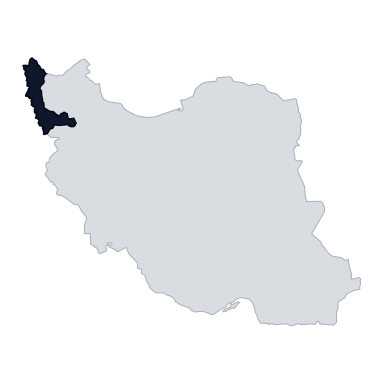 where West Azarbaijan sits in Iran
{"feature_id": "IRN-3237", "entity_name": "West Azarbaijan", "entity_type": "Province", "adm_level": 1, "iso_a3": "IRN", "parent_name": "Iran", "parent_adm1": "", "projection": "orthographic", "projection_center": [44.982, 37.874], "detail": "fine", "context": "in_parent", "style": "filled", "palette": "ink", "viewbox_px": 384, "rotation_deg": 0, "n_neighbors": 0, "source": "natural_earth", "source_scale": "10m", "svg_char_len": 8013}
<svg xmlns="http://www.w3.org/2000/svg" viewBox="0 0 384 384"><path d="M180.5,100.1L184.9,99.9L192.7,96.3L193.3,95.6L195.2,89.8L197.7,87.0L202.1,83.5L205.1,82.2L215.9,81.3L216.5,79.0L218.1,77.6L229.9,76.8L231.9,78.2L233.0,81.3L243.1,82.8L245.2,83.5L247.9,85.4L249.9,85.8L252.3,84.3L254.0,84.8L256.4,83.8L264.5,86.1L266.0,89.5L267.6,90.9L269.5,92.1L276.0,93.8L278.0,95.1L283.3,100.8L295.4,98.7L296.5,99.9L296.8,102.7L298.7,109.2L298.2,111.8L300.1,113.7L300.6,117.8L301.7,120.6L300.9,124.9L299.6,125.9L301.0,129.3L300.3,132.9L300.7,134.2L299.2,137.4L299.2,138.6L296.1,141.9L299.3,145.4L295.4,146.3L293.5,151.0L294.9,155.9L294.7,158.6L295.3,159.9L296.5,160.8L302.0,160.8L302.3,161.5L297.6,169.7L298.3,172.5L304.6,186.6L305.0,194.1L306.6,201.5L320.8,201.3L322.7,202.9L324.3,206.9L324.7,210.1L324.5,211.7L311.6,233.8L320.9,241.9L321.6,244.0L327.7,252.4L332.9,256.4L341.1,257.5L345.2,260.3L348.4,259.5L348.8,264.3L351.5,273.9L351.1,278.6L354.1,279.0L358.2,277.5L359.9,278.0L361.0,279.5L360.0,280.6L360.7,284.5L359.8,285.5L359.8,289.3L353.5,290.6L347.7,293.4L345.7,295.2L344.8,298.1L342.8,298.2L342.3,299.3L338.3,301.9L337.8,309.6L336.4,311.7L336.5,322.6L335.5,322.9L333.7,325.1L320.1,324.0L318.5,321.6L317.1,321.4L315.4,324.2L308.7,323.9L306.5,324.7L305.0,324.1L301.4,324.7L298.5,323.6L291.4,326.0L286.7,324.0L281.9,323.9L276.1,324.8L271.2,323.5L268.8,324.6L267.5,323.4L260.4,323.0L257.6,318.5L257.3,316.1L255.2,312.2L254.0,306.2L252.0,302.0L248.7,298.8L240.5,297.6L236.4,299.2L233.5,301.7L228.5,303.5L224.8,308.0L222.5,308.0L213.5,314.5L211.4,314.6L204.1,311.7L200.9,311.3L194.4,312.0L190.7,309.9L189.7,308.2L181.0,305.0L175.6,301.8L173.8,298.6L171.4,296.4L166.3,294.8L163.3,292.9L155.5,292.7L149.7,287.7L149.6,286.0L146.1,280.4L145.3,276.2L144.5,275.1L141.7,273.6L141.2,272.4L141.7,269.7L138.1,268.3L137.5,267.0L137.4,262.9L128.5,253.4L126.6,248.0L125.0,247.8L117.7,251.8L115.5,249.9L108.8,246.7L107.9,245.4L109.5,244.6L111.1,245.2L112.1,244.4L111.7,243.2L110.0,242.6L107.8,242.7L108.4,243.8L106.4,245.0L106.0,246.4L106.6,250.5L105.8,251.7L102.4,252.5L100.2,253.9L98.3,252.5L97.6,249.5L96.3,247.6L94.5,246.9L93.0,245.1L90.7,244.2L90.4,233.7L84.6,233.6L84.4,225.7L86.8,217.7L81.2,210.7L78.7,205.3L77.2,204.4L74.4,204.6L65.0,197.4L61.7,195.5L57.2,195.0L56.6,192.4L57.7,189.6L55.5,185.9L54.9,184.8L53.1,184.3L53.1,182.0L50.8,182.1L46.3,175.7L45.0,174.8L47.4,169.9L45.7,165.8L46.7,162.5L49.0,162.6L49.6,158.1L53.6,153.5L57.1,151.4L57.4,150.0L56.7,147.5L54.4,144.4L54.7,141.8L55.4,140.5L59.0,139.0L59.2,138.4L57.5,137.5L51.1,137.5L47.5,134.4L44.3,133.7L42.3,126.8L41.7,126.0L40.2,125.7L39.2,124.5L38.7,119.9L36.5,117.9L34.6,111.1L34.5,109.5L35.1,108.0L31.6,105.1L31.1,100.6L31.8,99.5L27.8,96.3L26.0,96.1L25.9,95.5L28.6,88.6L29.7,87.0L27.3,85.9L27.3,82.4L26.7,79.6L27.0,76.8L25.4,74.8L25.0,73.6L25.5,70.6L24.0,69.1L23.2,65.9L28.9,65.0L29.9,60.1L32.0,58.1L35.5,60.5L40.6,68.5L43.6,70.8L45.9,73.4L56.7,76.1L59.0,75.2L62.7,75.3L67.3,70.3L69.4,69.6L74.7,64.6L81.4,59.9L84.8,59.1L90.0,64.6L87.2,66.5L86.8,67.9L87.2,69.3L89.5,70.7L89.9,72.3L89.1,73.1L86.1,74.1L85.4,75.8L88.7,78.3L90.4,80.4L92.1,80.9L95.0,84.3L99.4,83.7L100.6,92.1L103.4,99.0L108.2,101.7L120.3,103.4L121.8,104.7L123.9,108.4L127.2,110.9L136.9,115.8L147.4,117.6L154.3,117.0L179.0,108.6L181.3,108.4L177.7,110.3L179.2,110.9L182.4,110.5L183.1,109.8L183.1,108.8L180.5,100.1ZM238.0,303.5L236.6,306.0L234.3,308.3L232.4,307.9L225.1,311.7L223.1,311.7L222.7,310.8L230.7,306.5L231.0,305.6L230.4,303.8L233.1,304.3L235.9,302.5L238.4,301.8L239.6,302.6L238.0,303.5Z" fill="#d9dde1" stroke="#a8b0b8" stroke-width="1"/><path d="M32.0,58.0L32.3,58.2L32.7,58.8L32.9,59.1L33.8,59.5L34.1,59.8L35.4,60.7L35.6,60.9L36.0,61.0L36.4,61.0L36.6,61.4L36.8,61.8L37.3,63.7L37.5,64.2L37.8,64.4L37.6,64.7L37.7,64.8L38.1,65.1L38.4,65.1L38.5,65.2L38.6,65.3L39.2,65.8L39.3,65.9L39.3,66.0L39.6,66.4L39.7,66.5L39.9,66.7L40.2,67.3L40.3,67.6L40.5,68.0L40.7,69.0L40.8,69.3L41.2,69.1L42.8,69.7L43.1,69.5L43.3,69.7L43.2,69.8L43.2,70.0L43.4,70.1L43.6,70.1L43.8,70.3L43.9,70.5L43.8,70.8L43.9,71.0L44.0,71.1L44.3,71.3L44.4,71.5L44.5,71.9L44.6,72.1L45.1,72.4L45.2,72.5L45.1,72.9L45.0,73.0L45.1,73.3L45.2,73.5L45.6,73.7L45.9,73.9L46.1,73.9L46.0,74.0L44.3,75.9L44.0,76.7L43.5,78.9L43.7,80.0L44.1,81.1L44.1,82.1L43.6,83.1L40.9,85.9L40.0,87.5L39.8,88.3L40.0,89.0L41.0,90.4L41.1,90.6L41.2,90.8L41.3,90.9L41.4,91.1L41.5,91.4L41.6,91.6L41.5,91.8L41.4,92.5L42.0,97.9L42.3,98.4L42.4,98.5L42.6,99.8L42.3,100.0L42.2,100.1L42.1,100.4L42.2,100.7L42.5,101.1L42.6,101.5L43.6,102.7L44.0,103.7L43.9,106.2L44.1,107.3L44.7,108.2L49.4,111.2L51.5,111.6L53.2,111.6L55.5,113.6L55.7,114.1L57.8,115.2L58.5,115.9L59.2,116.2L59.7,115.8L59.9,115.4L60.0,115.2L60.2,114.7L60.7,114.0L61.7,113.4L62.5,113.2L62.9,113.2L63.3,112.8L64.0,112.3L64.7,112.4L65.2,112.9L65.9,113.3L66.7,113.5L67.2,113.9L67.3,114.3L67.1,114.6L67.8,116.5L67.8,117.8L68.4,118.7L70.0,118.9L73.8,118.3L76.1,123.3L75.7,123.4L75.3,123.7L75.2,124.1L75.3,124.5L75.3,124.8L75.0,125.3L74.3,126.1L73.1,126.7L71.3,126.6L69.6,126.2L68.9,125.7L68.7,125.4L68.3,125.2L68.1,124.9L68.0,124.6L67.8,124.5L59.4,125.4L55.3,124.9L53.9,125.4L53.6,125.9L53.6,126.9L52.8,128.1L50.2,129.0L49.7,129.5L49.5,129.8L49.1,130.2L48.9,131.2L48.0,132.2L47.8,132.9L47.1,133.5L46.6,133.8L46.2,133.7L45.8,133.7L45.2,134.0L44.9,134.1L44.6,134.3L44.2,134.4L43.9,134.4L43.6,134.1L43.5,133.8L43.6,133.4L43.8,132.9L44.0,132.6L44.1,132.2L43.8,131.8L43.3,131.2L43.3,130.7L43.3,129.8L43.2,129.4L43.0,129.2L42.7,128.9L42.6,128.7L43.0,128.4L42.7,128.1L42.6,127.7L42.5,126.8L42.4,126.4L42.3,125.9L42.0,125.5L41.6,125.5L40.7,125.8L40.2,125.9L39.7,125.7L39.5,125.3L39.5,125.1L39.4,124.8L39.3,124.6L39.1,124.5L39.0,124.3L39.0,124.0L38.8,123.8L38.5,123.6L38.2,123.2L38.3,122.9L38.6,122.8L38.6,122.3L38.8,121.6L39.1,120.9L39.1,120.5L39.0,120.1L38.6,119.4L38.3,119.1L38.1,118.9L37.8,118.9L37.7,118.8L37.5,118.7L37.3,118.5L37.1,118.4L36.9,118.3L36.4,118.4L36.0,118.3L35.7,118.0L35.5,117.7L35.7,117.2L36.3,116.5L36.5,116.1L36.6,115.6L36.5,115.2L36.4,114.9L36.3,114.5L36.4,114.0L36.5,113.7L36.5,113.3L36.1,113.2L35.9,113.0L35.8,112.9L35.7,112.9L35.4,113.0L35.2,113.0L35.1,112.9L35.0,112.6L35.0,112.4L34.9,112.3L34.7,112.3L34.5,112.1L34.4,111.8L34.4,111.6L34.6,111.0L34.7,110.6L34.6,110.3L34.5,109.9L34.4,109.5L34.5,109.2L35.0,108.9L35.2,108.6L35.2,108.0L34.8,107.5L33.9,106.9L33.8,106.7L33.7,106.4L33.6,106.2L33.0,106.3L32.8,106.1L32.6,105.5L32.4,105.3L31.8,105.3L31.5,105.2L31.4,104.8L31.7,104.2L31.6,103.9L31.5,103.5L31.5,103.0L31.7,102.5L31.8,102.1L31.7,101.7L31.4,101.5L31.1,101.1L31.1,100.5L31.3,100.3L31.8,99.9L32.0,99.6L31.9,99.4L31.4,98.7L31.0,98.3L30.5,98.1L30.1,98.2L29.9,98.3L29.6,98.4L29.4,98.4L29.3,98.1L29.4,97.7L29.2,97.5L28.9,97.5L28.7,97.3L28.6,97.0L28.6,96.8L28.5,96.6L28.3,96.5L27.8,96.2L27.6,96.2L26.5,96.3L26.0,96.2L25.7,95.7L25.8,95.5L25.9,95.3L26.1,95.1L26.1,94.8L26.0,94.5L26.0,94.3L26.1,94.0L26.3,93.8L26.4,93.5L26.8,93.1L26.9,92.8L27.1,92.3L27.2,92.1L27.4,91.9L27.7,91.8L27.8,91.6L27.7,91.3L27.7,91.1L27.9,91.0L28.1,90.9L28.3,90.7L28.4,90.4L28.5,90.0L28.5,89.6L28.5,88.7L28.9,88.2L29.5,87.7L29.8,87.2L29.8,86.9L29.7,86.6L29.5,86.3L29.3,86.1L29.1,86.0L28.8,86.0L28.3,86.3L27.5,86.2L27.3,86.1L27.2,86.0L27.1,85.8L27.2,85.5L27.2,85.3L27.1,84.8L27.1,84.5L27.3,83.7L27.4,83.4L27.2,82.4L27.3,81.6L27.3,81.1L27.2,80.8L27.1,80.7L26.7,80.5L26.5,80.4L26.7,80.1L26.8,80.0L26.7,79.6L26.6,79.4L26.6,79.1L26.6,78.7L27.1,77.3L27.0,76.7L26.2,76.3L25.9,76.0L25.7,75.7L25.6,75.3L25.5,75.1L25.5,74.8L25.5,74.6L25.3,74.5L25.2,74.4L25.1,74.2L25.0,73.9L24.9,73.6L25.1,73.3L25.4,73.1L25.5,72.8L25.4,72.0L25.5,71.7L25.8,71.1L25.7,70.6L25.1,70.2L24.4,69.8L24.0,69.5L24.0,69.3L24.1,68.9L23.9,68.4L23.8,68.2L23.9,67.9L23.9,67.7L23.7,67.3L23.6,66.9L23.5,66.7L23.1,66.2L23.2,65.7L23.5,65.5L23.8,65.4L24.0,65.4L24.4,65.5L24.7,65.5L25.6,65.2L25.9,65.3L27.0,65.8L27.4,65.9L27.7,65.8L28.6,65.4L28.9,65.2L29.1,64.8L29.1,64.4L29.1,64.1L29.2,63.6L29.3,63.4L29.3,63.1L29.3,62.9L29.2,62.6L29.3,62.3L29.3,62.0L29.9,61.0L30.0,60.7L30.0,60.4L29.9,59.7L30.0,59.5L31.7,58.1L32.0,58.0Z" fill="#0f172a" stroke="#020617" stroke-width="1.5"/></svg>